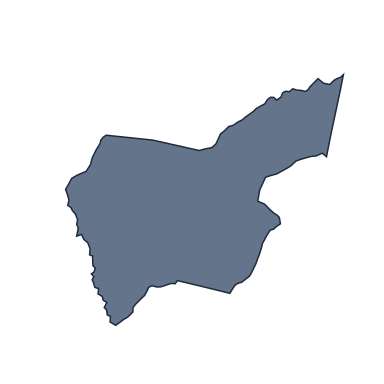 the district of Boa Esperança, Paraná, Brazil, rotated 192°
{"feature_id": "56859067B75116337237033", "entity_name": "Boa Esperança", "entity_type": "district", "adm_level": 2, "iso_a3": "BRA", "parent_name": "Brazil", "parent_adm1": "Paraná", "projection": "robinson", "projection_center": [-52.756, -24.263], "detail": "fine", "context": "isolated", "style": "filled", "palette": "slate", "viewbox_px": 384, "rotation_deg": 192, "n_neighbors": 0, "source": "geoboundaries", "source_scale": "gbopen_adm2", "svg_char_len": 2009}
<svg xmlns="http://www.w3.org/2000/svg" viewBox="0 0 384 384"><g transform="rotate(192 192 192)"><path d="M295.7,124.8L291.2,127.5L288.0,123.2L283.5,120.8L279.9,115.4L279.1,109.2L275.9,108.7L274.8,104.0L273.6,99.3L270.9,97.6L271.1,93.5L273.4,91.0L270.4,88.8L271.4,85.4L269.5,82.8L267.2,78.5L263.3,78.1L262.7,72.8L258.1,71.2L256.4,67.7L252.4,66.3L253.8,60.7L251.1,59.0L249.3,54.1L245.9,53.4L245.1,47.8L238.9,45.7L235.0,50.0L232.2,53.3L229.1,56.0L227.0,59.0L224.9,62.4L225.7,66.6L223.8,70.6L221.6,73.8L219.9,76.6L216.9,80.9L215.3,86.1L214.6,89.7L211.8,92.0L206.5,91.8L203.2,92.6L198.8,95.0L193.5,98.2L189.3,98.8L187.9,102.3L167.9,101.8L163.1,101.7L140.5,101.0L133.9,100.7L132.2,105.7L130.5,109.8L128.1,112.2L124.6,114.1L118.3,121.6L117.0,125.4L115.7,130.8L114.6,135.1L114.1,139.0L113.1,145.4L112.4,152.7L112.4,156.2L111.1,160.4L109.9,164.9L107.5,171.1L104.6,172.5L102.3,175.7L98.9,179.3L101.3,185.3L104.2,187.2L107.4,188.3L112.0,190.9L118.6,195.3L122.9,196.1L125.8,196.8L126.2,208.0L123.1,221.7L118.9,224.2L112.9,227.3L108.2,231.4L103.0,235.9L100.6,238.3L96.8,243.8L93.1,246.2L86.8,249.6L82.6,251.7L77.8,253.2L72.7,257.1L67.8,254.5L68.1,277.6L68.1,286.4L68.1,322.3L68.3,338.3L70.5,335.1L73.6,333.2L76.2,330.9L79.6,325.8L85.9,325.7L92.3,329.1L95.4,324.2L98.3,319.7L99.8,316.1L102.1,313.9L106.0,314.1L110.6,313.5L114.9,313.9L117.6,310.4L121.4,310.0L123.9,307.9L124.7,303.3L128.3,299.5L131.6,301.5L134.9,301.0L137.3,298.2L139.2,293.3L142.6,290.5L146.7,286.8L148.5,283.8L151.7,280.3L154.9,276.8L158.1,272.8L161.3,270.3L166.0,265.4L169.6,263.8L171.5,260.9L173.5,257.9L176.2,254.8L177.3,249.6L178.6,244.0L181.7,239.7L184.5,238.4L188.1,236.9L193.5,234.1L241.2,234.6L287.8,229.7L290.1,227.2L292.0,223.7L292.0,220.2L294.5,213.3L296.7,204.6L297.0,197.7L299.8,190.2L305.9,186.0L308.5,184.0L312.5,180.3L314.3,174.2L316.2,168.2L313.3,163.6L310.6,158.4L310.8,153.1L307.1,151.6L305.1,148.9L301.5,146.2L298.1,141.1L298.1,136.4L295.8,133.2L295.7,129.3L295.7,124.8Z" fill="#64748b" stroke="#1e293b" stroke-width="1.5"/></g></svg>